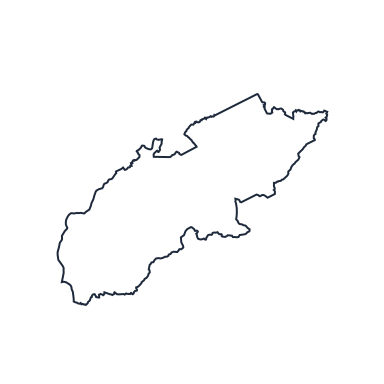 outline of Carlos Julio Arosemena Tola, Napo, Ecuador, rotated 333°
{"feature_id": "8360857B58627909026885", "entity_name": "Carlos Julio Arosemena Tola", "entity_type": "district", "adm_level": 2, "iso_a3": "ECU", "parent_name": "Ecuador", "parent_adm1": "Napo", "projection": "mercator", "projection_center": [-77.909, -1.166], "detail": "fine", "context": "isolated", "style": "outline", "palette": "slate", "viewbox_px": 384, "rotation_deg": 333, "n_neighbors": 0, "source": "geoboundaries", "source_scale": "gbopen_adm2", "svg_char_len": 6065}
<svg xmlns="http://www.w3.org/2000/svg" viewBox="0 0 384 384"><g transform="rotate(333 192 192)"><path d="M36.9,235.9L38.1,237.5L39.1,238.1L39.8,239.5L41.3,240.6L42.4,240.4L42.5,241.8L43.8,242.1L44.2,242.9L44.7,243.0L45.5,243.8L45.9,243.8L46.2,244.4L48.5,243.8L49.3,242.9L51.8,242.2L53.9,240.1L54.4,239.9L55.0,240.1L55.7,239.1L56.9,238.4L58.5,238.6L59.0,239.2L58.9,240.7L59.1,241.5L58.9,242.1L61.2,243.9L61.4,243.9L62.5,241.3L64.3,241.4L64.5,241.8L65.4,242.5L66.0,243.6L67.2,243.3L68.4,241.6L72.4,245.8L73.8,246.8L74.2,247.6L76.3,247.5L77.0,246.4L77.5,246.2L78.7,248.9L79.9,249.8L84.8,251.9L85.5,252.9L86.7,252.5L87.4,252.6L87.9,253.3L90.5,254.8L91.7,254.2L92.0,254.3L92.5,256.0L92.8,256.2L93.9,255.9L94.4,255.2L96.1,254.3L98.1,254.8L98.6,254.1L98.6,252.2L99.0,251.6L100.5,251.9L101.8,251.7L105.5,250.3L106.2,249.5L109.1,248.9L110.4,247.9L112.3,247.9L113.7,247.3L115.0,246.5L116.0,245.3L117.8,244.5L118.6,242.6L118.3,241.3L121.3,237.6L122.4,237.4L123.7,236.5L124.5,236.5L125.6,237.0L126.3,236.7L127.3,235.8L129.9,234.9L132.5,235.9L133.7,236.9L136.1,237.5L138.5,237.4L140.5,238.3L142.0,238.1L142.6,237.4L143.1,237.2L144.7,237.5L146.3,236.6L148.6,236.9L151.6,238.8L154.1,237.7L154.5,237.3L155.0,237.3L156.4,238.1L158.6,237.7L159.2,237.3L159.6,235.6L159.6,232.0L161.5,227.4L165.3,226.8L168.5,223.9L170.9,222.9L174.9,222.8L175.7,223.2L176.8,225.5L177.1,226.3L176.9,227.6L177.1,228.1L178.8,228.6L179.2,229.5L179.2,230.0L178.4,230.6L176.8,231.1L176.8,232.5L176.2,234.5L176.2,236.4L177.8,238.0L179.4,238.7L181.0,238.8L181.5,239.0L182.0,240.3L182.6,240.7L183.2,240.4L183.9,239.4L186.8,237.7L188.3,238.0L190.1,239.1L190.9,238.7L191.7,237.9L193.0,238.0L194.9,239.1L196.5,239.4L197.0,241.8L199.1,243.0L199.2,243.4L198.4,244.8L198.5,245.1L200.5,246.7L201.5,247.1L203.0,247.1L204.3,246.8L207.8,249.1L207.9,250.6L208.1,250.9L209.3,251.3L211.4,252.7L213.0,253.2L215.0,252.0L220.0,253.7L221.6,253.6L223.1,253.0L224.9,253.1L225.5,252.9L226.4,251.3L225.3,249.5L224.5,246.3L222.7,244.9L221.9,243.6L220.0,242.2L219.6,241.6L219.4,241.0L219.5,238.2L219.0,236.6L219.3,235.8L220.1,234.8L222.3,231.3L224.5,226.8L225.9,222.6L226.4,220.0L227.2,219.0L227.6,217.7L230.1,219.9L230.5,220.9L230.4,222.6L231.2,223.5L248.4,223.6L249.8,225.1L250.1,226.1L250.5,226.6L253.4,226.6L254.1,227.0L255.3,228.3L256.8,231.4L264.9,231.4L266.0,229.5L266.2,227.9L265.9,227.3L266.9,227.0L267.5,226.1L267.5,224.3L269.2,221.0L270.8,221.8L272.8,221.4L273.3,221.8L274.2,221.7L276.3,222.4L277.7,221.8L279.1,222.2L284.0,220.8L285.0,220.3L286.3,219.3L286.7,218.1L287.1,217.5L290.1,216.6L291.2,215.4L292.7,214.3L294.9,213.4L296.5,213.2L297.4,212.5L301.3,211.5L302.5,210.7L303.6,209.7L303.3,208.4L304.1,206.0L310.2,204.1L312.0,203.0L314.2,202.4L315.7,201.4L325.0,201.5L325.3,200.8L324.9,199.3L326.0,197.3L327.1,196.5L328.5,196.3L328.8,195.3L331.7,192.8L333.0,191.1L334.6,190.7L335.6,188.5L336.0,188.2L338.5,188.2L339.5,187.4L341.9,187.0L342.6,187.6L343.3,189.4L344.2,189.2L345.1,188.0L344.9,186.3L346.1,186.2L347.6,184.4L347.2,183.2L348.9,182.0L347.0,179.7L346.7,179.5L345.5,180.3L344.6,180.4L343.3,179.3L342.3,179.1L341.3,177.7L340.3,177.7L338.8,178.1L338.2,177.7L336.3,177.8L335.1,177.0L334.4,177.0L333.3,175.0L330.3,174.1L329.0,172.7L328.5,173.0L328.0,170.8L327.1,170.5L326.6,169.7L325.8,169.1L325.1,169.3L325.0,167.9L324.4,167.7L324.1,167.2L323.3,167.5L322.1,166.7L321.5,167.4L321.3,166.5L320.7,167.0L319.5,166.6L318.0,167.0L316.7,170.5L315.4,172.8L310.7,166.3L310.0,165.0L311.0,163.7L311.1,163.2L310.1,161.7L310.4,160.1L309.6,158.3L308.4,157.7L306.9,157.6L305.8,156.9L305.3,156.9L304.3,155.3L303.9,154.0L303.5,153.6L301.4,154.7L300.8,154.6L300.6,155.4L299.8,156.2L299.8,157.4L299.6,157.7L298.9,157.6L298.4,157.9L297.2,157.8L294.7,156.2L294.5,155.9L294.5,150.6L295.1,149.7L294.7,148.7L295.7,148.4L295.5,147.1L296.7,147.2L297.5,146.0L297.1,145.0L295.8,144.3L295.3,143.5L295.1,135.2L294.8,134.5L294.3,134.3L246.9,134.1L247.1,133.8L246.9,133.5L246.1,134.4L245.2,134.5L244.2,133.7L243.4,133.8L242.9,132.9L241.9,133.2L240.4,133.0L239.9,132.7L238.2,133.0L237.7,133.4L237.5,132.9L238.0,132.1L237.2,131.6L236.6,132.2L234.1,131.8L233.3,132.4L232.9,131.9L232.1,131.9L231.4,132.6L230.4,133.1L229.3,132.8L228.1,132.1L227.8,131.8L227.9,131.3L226.8,130.9L226.1,131.1L225.9,132.0L225.0,131.9L223.8,132.6L221.9,131.6L218.7,132.8L217.9,133.6L216.9,133.7L215.6,134.2L214.9,134.7L214.6,135.2L212.9,135.7L211.4,137.1L212.0,138.7L213.2,140.1L213.5,141.5L214.1,142.4L214.3,143.6L215.0,145.3L215.4,148.6L216.0,149.6L216.1,151.1L216.6,152.6L216.6,153.8L199.2,154.1L198.1,152.4L198.2,151.2L196.6,149.1L195.7,149.3L193.6,150.5L190.9,150.2L189.9,150.7L188.2,150.9L173.9,143.3L174.8,141.2L175.7,140.4L179.2,139.4L179.9,139.5L180.0,140.9L180.4,141.2L182.6,140.0L183.4,137.6L186.9,135.2L187.5,133.8L189.3,131.6L189.1,131.3L185.9,130.3L184.5,129.2L184.1,128.0L182.4,127.8L181.1,128.7L179.8,130.1L176.5,134.7L175.6,135.2L174.6,135.3L172.9,134.2L171.2,132.2L170.4,130.8L170.5,129.4L170.1,128.9L168.8,128.1L168.3,128.0L166.9,129.1L165.5,129.7L164.8,129.8L164.3,130.2L163.1,130.2L162.4,130.5L161.8,130.3L161.2,130.6L161.6,132.9L161.4,133.6L162.0,135.2L161.1,136.9L157.4,138.2L156.2,138.1L155.3,137.2L154.9,137.2L154.4,137.8L153.7,137.2L152.4,138.0L152.0,139.3L151.6,139.3L151.0,138.5L150.7,138.5L150.0,141.3L148.9,140.7L148.7,141.2L147.8,141.7L146.2,141.2L144.2,142.0L142.6,142.0L142.2,141.8L141.7,138.9L139.9,139.4L133.7,139.2L133.4,139.3L133.0,140.9L131.6,141.3L127.1,143.8L125.7,143.8L123.8,143.2L122.5,143.8L121.3,144.9L120.1,145.1L117.6,144.9L116.6,145.5L115.0,147.2L113.7,147.9L110.1,147.2L107.6,147.4L106.6,147.8L103.9,150.3L100.6,153.9L97.6,156.1L95.4,158.6L92.5,161.1L89.1,161.4L86.2,162.2L83.3,160.0L81.2,159.3L80.3,158.5L77.4,157.7L74.7,156.0L72.9,156.2L71.5,156.7L70.2,157.4L67.3,159.6L65.8,161.7L64.8,163.9L64.6,167.4L64.0,168.0L60.9,169.1L56.2,172.0L54.7,175.2L53.3,176.2L51.7,176.9L50.8,177.7L48.5,180.7L45.1,184.4L43.8,186.8L42.1,191.8L43.2,198.9L43.2,201.2L40.8,206.0L35.1,213.2L36.9,213.7L38.7,215.1L41.0,218.9L41.4,220.2L41.4,222.0L40.7,223.8L40.4,227.2L38.0,233.7L36.9,235.9Z" fill="none" stroke="#1e293b" stroke-width="2"/></g></svg>